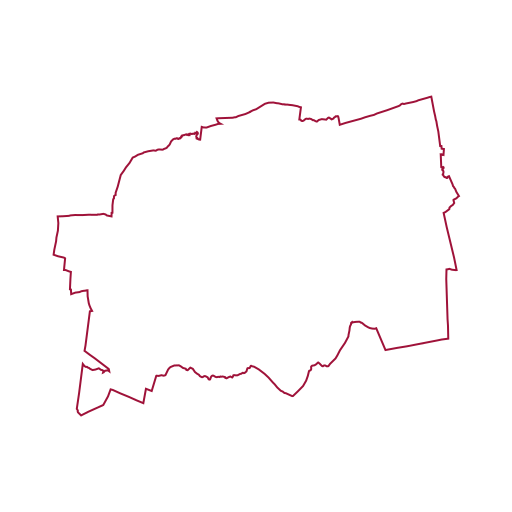 outline of Scornicesti, Olt, Romania, rotated 278°
{"feature_id": "2599482B90884905800424", "entity_name": "Scornicesti", "entity_type": "district", "adm_level": 2, "iso_a3": "ROU", "parent_name": "Romania", "parent_adm1": "Olt", "projection": "equal_earth", "projection_center": [24.55, 44.575], "detail": "fine", "context": "isolated", "style": "outline", "palette": "rose", "viewbox_px": 512, "rotation_deg": 278, "n_neighbors": 0, "source": "geoboundaries", "source_scale": "gbopen_adm2", "svg_char_len": 6092}
<svg xmlns="http://www.w3.org/2000/svg" viewBox="0 0 512 512"><g transform="rotate(278 256 256)"><path d="M270.0,456.6L281.9,452.4L311.2,440.8L324.8,435.8L325.9,437.5L329.3,440.9L330.9,440.9L332.5,442.1L334.0,443.8L336.1,444.9L338.7,443.8L339.2,443.8L341.0,446.4L343.1,448.0L343.6,448.6L347.5,445.4L350.3,443.8L351.0,442.9L351.7,442.5L352.8,441.3L354.1,440.8L361.9,436.0L361.1,434.7L360.0,434.6L359.8,434.3L359.8,433.8L360.5,432.6L360.4,432.3L360.4,431.7L361.3,430.7L362.1,430.3L362.4,429.6L362.8,429.5L363.5,429.9L365.0,430.0L366.0,429.8L366.6,429.4L366.8,428.8L367.3,428.4L368.0,428.6L368.8,429.4L369.6,429.5L370.0,429.3L370.2,428.9L369.5,427.9L369.5,427.4L369.7,427.1L382.3,424.8L382.1,426.2L382.5,426.2L382.2,427.6L388.1,427.2L388.1,424.9L390.7,424.3L390.5,423.1L404.7,419.2L410.2,417.2L414.4,415.9L416.3,415.0L419.6,413.9L424.0,412.2L438.2,407.4L437.4,405.4L436.6,403.8L432.8,395.1L431.7,393.4L430.3,390.1L427.8,383.0L427.2,381.7L427.1,380.9L427.3,380.3L427.3,379.8L426.4,378.5L425.2,377.6L424.4,376.5L418.6,365.5L414.0,356.0L412.1,353.1L410.7,349.5L408.5,344.6L406.6,341.0L400.3,326.3L397.6,320.7L404.0,318.6L405.7,317.9L405.9,317.5L405.4,316.1L405.5,315.9L405.4,315.4L404.7,315.0L403.8,313.9L402.9,313.6L401.8,311.9L402.0,311.5L402.3,311.3L402.4,310.6L403.1,309.6L403.0,309.3L403.2,308.8L402.8,308.1L400.8,306.6L400.7,302.1L399.4,299.2L397.6,297.6L397.6,297.2L397.8,296.2L398.6,294.2L398.4,293.4L399.3,291.6L399.5,289.6L399.0,288.7L399.0,286.7L398.6,286.0L396.7,284.3L396.2,283.4L396.1,282.6L396.2,282.1L397.2,281.1L397.2,279.9L409.5,279.8L409.7,277.8L410.1,276.5L410.4,271.1L410.3,268.2L410.3,265.8L410.0,263.7L410.2,263.4L410.0,262.9L410.1,262.3L409.9,261.3L410.3,257.1L410.2,255.2L410.4,251.9L409.6,247.3L408.0,243.7L401.4,235.8L399.9,232.8L398.0,230.0L397.8,230.1L395.1,225.7L392.2,219.1L390.6,216.7L390.3,215.2L389.7,213.8L387.2,199.7L386.8,197.8L384.6,199.0L383.3,200.1L382.4,201.4L382.0,202.5L381.5,200.0L380.4,197.8L378.5,193.3L376.3,189.1L376.0,186.1L376.3,184.3L363.7,184.5L363.8,184.2L363.5,183.8L363.7,183.7L363.6,182.7L363.8,182.2L364.3,181.8L363.9,181.5L364.1,180.8L364.9,180.7L365.8,180.2L367.2,180.3L368.9,181.3L369.2,180.8L370.1,181.0L370.6,180.2L369.8,179.7L369.6,179.7L369.4,179.4L369.5,178.8L368.9,178.8L368.7,178.5L368.8,178.2L368.3,177.9L368.5,177.0L368.1,176.4L368.2,176.0L367.8,174.9L368.1,174.1L367.7,172.9L366.4,173.3L366.2,172.1L366.5,171.3L366.4,171.0L366.8,170.9L366.8,170.2L366.6,169.6L365.7,168.0L365.6,167.4L365.4,167.2L365.2,166.4L364.8,166.3L364.8,165.9L364.1,165.7L363.9,165.3L363.2,165.6L362.2,164.7L362.2,164.3L361.7,164.1L361.8,163.5L361.1,162.9L361.2,162.0L361.6,161.6L361.6,161.1L361.3,160.5L360.9,160.1L360.9,159.2L360.1,157.8L357.7,156.0L354.4,155.0L353.0,154.1L352.4,153.5L350.8,152.6L350.1,151.7L349.1,149.8L348.4,149.0L348.2,148.2L348.2,147.3L348.0,145.0L347.5,143.6L346.5,142.4L346.3,142.0L346.3,139.7L344.7,134.6L342.9,130.4L342.0,129.6L339.8,125.0L337.7,122.5L336.3,120.2L330.5,117.8L325.7,114.9L321.9,113.2L317.4,110.8L305.4,109.4L299.1,108.2L296.8,108.5L296.3,107.7L295.8,107.2L295.0,107.1L293.2,107.3L292.4,106.7L286.3,106.8L279.0,107.8L278.8,107.8L278.6,107.0L275.1,107.4L275.4,102.6L276.2,101.3L276.5,99.0L275.3,95.2L275.1,93.6L274.9,93.5L274.6,92.5L274.0,88.2L273.7,85.2L272.3,78.1L271.4,71.1L270.4,66.7L269.7,65.1L268.5,59.3L267.6,54.1L261.0,55.7L253.5,56.3L246.5,55.8L242.8,56.0L234.1,55.4L229.1,55.4L228.2,59.9L227.7,65.8L227.4,66.9L227.1,67.3L215.4,67.8L215.6,69.4L214.7,73.2L214.5,74.9L207.7,75.4L197.1,76.4L197.0,76.7L197.0,77.4L192.5,78.3L194.6,82.2L195.7,86.2L196.8,88.0L197.6,90.4L198.0,92.2L198.3,92.6L198.6,93.9L192.6,94.9L185.9,97.0L183.8,98.0L181.1,99.6L178.8,101.3L178.1,99.2L143.6,99.6L138.2,99.4L134.8,105.6L132.4,110.3L123.8,125.6L123.5,126.0L121.4,126.7L122.0,125.6L122.0,124.7L121.4,122.6L120.5,121.8L119.7,121.4L119.3,120.8L121.0,121.0L121.6,119.7L121.7,118.3L122.9,116.0L121.2,112.8L120.3,110.0L121.2,107.3L121.8,106.4L122.2,104.7L122.7,104.1L122.5,102.9L123.1,101.5L125.0,99.5L95.4,99.9L79.7,99.8L79.1,100.4L78.0,101.1L77.1,101.1L76.4,101.5L73.8,105.0L78.4,111.6L87.2,125.5L96.4,129.0L103.7,130.6L103.4,132.9L101.3,140.0L101.2,140.3L98.8,149.7L96.5,157.6L94.6,164.9L109.2,165.5L107.8,171.5L123.4,173.9L123.6,174.1L123.7,176.3L124.8,179.0L124.6,181.1L125.0,182.2L125.4,182.9L131.4,184.8L133.3,186.0L134.2,186.9L136.2,190.3L137.0,194.9L136.3,196.8L135.0,199.2L134.6,202.1L133.5,202.9L133.4,204.2L136.3,206.5L135.5,209.1L132.6,211.7L131.2,214.1L130.5,215.9L129.2,217.2L128.5,219.1L128.6,220.0L129.6,221.1L130.0,222.1L129.8,223.1L129.1,225.0L127.4,226.2L127.1,226.9L127.4,227.7L128.5,228.0L129.1,228.0L130.0,228.3L130.9,228.8L131.5,229.5L131.6,230.5L130.7,232.6L130.5,233.6L130.7,234.5L131.1,235.3L131.1,236.9L131.7,237.4L131.6,238.4L132.0,239.5L132.0,240.0L131.8,242.0L131.7,242.4L131.0,242.6L130.8,243.9L132.3,245.9L133.1,247.4L132.4,249.3L133.3,249.9L134.7,250.2L135.0,250.9L135.0,252.6L135.3,254.3L137.0,256.7L137.3,257.7L138.5,259.1L138.5,259.6L138.3,260.2L138.6,261.0L140.4,262.6L143.5,263.1L143.9,263.6L144.0,264.9L144.2,265.3L146.4,266.1L146.6,266.4L146.3,267.2L146.1,269.5L144.1,274.5L140.5,280.9L137.4,285.3L133.1,290.3L131.6,292.3L128.8,295.3L126.0,299.3L125.5,301.3L124.3,303.2L124.3,304.6L122.3,311.3L122.5,312.1L127.7,316.2L133.8,320.7L139.5,323.0L144.5,324.0L149.4,324.5L149.9,324.9L150.3,325.8L150.9,326.2L151.8,326.4L153.9,326.0L154.7,326.4L155.2,326.9L155.9,329.1L157.0,330.5L159.1,332.2L159.2,332.5L158.2,334.1L156.8,335.9L156.2,336.8L156.1,337.3L156.2,337.7L156.9,338.3L157.2,339.1L157.2,339.8L156.6,341.6L157.0,343.0L159.6,344.4L165.6,349.0L168.9,350.4L174.4,352.3L182.3,356.2L188.6,358.5L189.3,358.7L190.7,358.6L195.1,358.9L198.1,358.8L199.5,358.9L201.6,359.6L203.0,359.5L204.0,360.4L203.5,360.8L204.0,361.7L204.7,364.2L205.3,367.3L205.3,367.8L204.6,369.2L204.7,369.7L204.3,370.6L202.4,373.6L201.0,377.0L200.5,378.7L200.3,381.3L200.5,383.8L201.2,385.1L180.9,397.3L184.7,408.7L187.5,417.8L197.6,447.2L199.1,451.4L200.9,457.9L213.8,455.8L220.0,454.5L259.7,447.6L269.2,446.5L269.7,448.2L270.2,449.3L269.7,451.9L269.8,455.8L270.0,456.6Z" fill="none" stroke="#9f1239" stroke-width="2"/></g></svg>